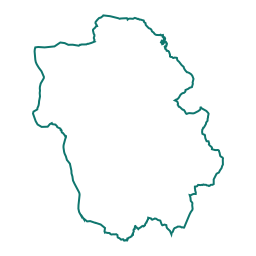 outline of Agona East, Central, Ghana
{"feature_id": "2480657B54607197552612", "entity_name": "Agona East", "entity_type": "district", "adm_level": 2, "iso_a3": "GHA", "parent_name": "Ghana", "parent_adm1": "Central", "projection": "natural_earth1", "projection_center": [-0.645, 5.635], "detail": "fine", "context": "isolated", "style": "outline", "palette": "teal", "viewbox_px": 256, "rotation_deg": 0, "n_neighbors": 0, "source": "geoboundaries", "source_scale": "gbopen_adm2", "svg_char_len": 5787}
<svg xmlns="http://www.w3.org/2000/svg" viewBox="0 0 256 256"><path d="M162.9,35.0L161.2,35.4L160.6,34.7L159.3,35.1L156.2,34.9L155.2,34.4L154.4,33.7L153.6,32.5L152.5,31.8L151.9,31.2L151.5,30.0L150.8,29.1L150.0,28.6L148.8,28.2L146.4,25.7L145.7,24.8L145.5,23.1L144.2,22.2L143.7,20.5L143.2,20.3L142.8,20.3L140.7,19.6L139.5,19.6L139.3,19.3L138.8,19.2L138.1,18.8L137.4,19.0L136.7,18.5L134.8,17.9L133.0,18.8L130.1,18.6L129.0,18.7L128.1,19.2L127.6,19.6L127.2,18.4L126.5,18.2L120.7,18.5L119.8,18.8L118.2,18.2L110.1,16.2L103.3,15.4L102.5,16.4L101.6,16.9L100.7,17.7L99.3,17.9L98.8,18.3L97.1,20.1L95.6,22.0L95.5,22.7L95.5,23.2L96.8,25.3L97.1,26.1L96.0,26.3L95.2,27.6L93.4,29.2L93.0,29.8L93.0,30.6L93.7,33.7L94.4,34.8L94.4,36.2L93.9,37.3L93.8,38.1L94.5,40.0L94.1,41.2L94.6,41.6L91.4,42.9L88.1,43.9L87.5,43.8L86.4,44.4L81.5,44.5L80.6,44.9L80.1,44.7L78.8,45.7L72.6,44.7L68.3,44.8L64.7,43.1L60.3,42.5L54.5,46.4L44.7,47.4L38.1,47.0L35.3,47.4L34.8,49.3L34.6,51.4L35.3,59.6L35.8,62.1L36.7,64.2L37.7,65.9L38.8,67.7L41.5,71.3L43.9,76.9L43.8,78.1L43.4,78.9L40.7,83.5L39.9,86.8L39.8,88.5L40.0,90.7L39.7,93.0L40.0,96.5L39.1,101.0L38.9,103.6L38.5,105.6L37.4,108.2L37.3,109.4L33.5,111.6L33.0,113.6L35.7,121.2L37.6,124.5L41.6,126.9L47.7,126.7L49.9,124.1L51.8,123.1L52.2,124.1L52.5,124.2L55.5,124.6L55.9,125.2L56.7,125.8L57.2,127.0L57.8,127.4L60.4,128.6L60.6,129.8L61.0,129.7L61.2,129.8L61.6,130.7L61.4,130.9L61.8,132.3L62.2,132.7L62.8,132.9L64.4,134.8L64.9,135.7L65.7,135.9L65.5,136.6L66.0,136.8L66.0,137.0L65.2,139.1L63.7,144.7L63.5,146.0L63.5,147.6L64.1,151.8L64.6,153.6L65.9,156.4L66.9,159.9L69.9,163.7L71.4,170.7L71.5,173.4L72.4,176.4L73.0,180.5L74.5,183.7L78.8,191.8L79.4,193.2L79.6,194.8L78.5,205.2L78.4,208.7L79.1,211.8L79.4,212.6L81.7,216.7L81.9,216.2L84.0,219.4L84.0,218.8L87.1,221.4L90.2,221.1L95.4,222.9L95.5,222.8L100.7,224.5L105.0,228.0L104.5,231.4L104.9,232.4L105.0,232.3L107.4,232.9L109.3,233.0L110.0,233.4L110.3,234.0L111.3,234.5L113.2,234.3L115.1,234.4L116.1,234.2L117.4,235.0L117.7,237.3L118.3,237.8L119.3,238.1L120.3,238.9L120.7,239.4L121.0,239.6L121.7,239.6L122.2,239.3L123.3,239.3L123.9,240.5L124.3,240.6L124.6,240.6L125.2,240.2L125.6,240.4L126.3,240.0L127.0,240.5L127.5,239.8L127.4,239.4L127.2,239.5L127.0,239.4L127.3,238.7L127.7,239.0L128.2,238.2L129.2,237.5L130.5,237.1L131.1,236.4L131.6,236.3L132.1,235.2L132.3,235.4L133.0,234.9L133.0,234.4L132.7,234.6L132.6,234.8L132.4,234.7L132.4,234.3L132.9,233.4L133.8,231.3L133.8,231.0L133.5,230.4L133.6,229.7L133.9,229.2L134.7,229.0L134.8,227.2L135.1,226.1L135.4,226.0L135.7,226.4L135.9,227.1L136.9,227.6L137.2,228.2L137.9,228.5L138.3,229.1L139.1,228.2L140.5,227.5L141.9,226.3L142.6,226.2L143.0,225.9L143.6,226.4L143.8,226.3L144.7,225.5L144.8,225.3L145.0,225.2L145.2,224.1L145.9,223.0L146.4,222.7L146.5,221.9L147.0,221.5L147.2,220.4L148.0,219.5L148.2,217.7L151.1,218.5L151.6,219.4L152.1,219.7L152.5,219.7L152.8,219.4L154.7,218.7L154.9,218.5L155.4,218.7L156.0,218.7L158.1,220.1L159.8,220.4L160.3,220.6L161.5,224.0L162.2,225.2L162.4,225.3L164.5,224.6L166.3,225.1L166.6,227.1L166.9,227.7L167.2,228.3L170.0,230.9L171.4,234.3L171.7,232.7L172.7,231.9L173.8,229.1L174.6,228.1L176.6,227.3L177.7,226.6L180.0,226.6L180.7,226.8L181.5,227.4L182.7,227.3L183.4,227.6L184.1,227.6L189.6,214.4L190.7,212.2L192.4,209.8L192.6,208.7L192.2,205.2L192.4,203.5L192.3,203.0L192.2,202.6L190.9,201.1L190.7,200.4L190.5,198.1L190.3,196.9L189.9,195.9L189.7,195.1L190.4,195.3L190.8,195.2L192.6,194.3L193.9,193.9L195.7,194.0L195.8,192.5L195.2,190.5L195.1,189.2L194.9,188.5L194.9,186.6L196.7,186.4L197.2,186.1L198.1,184.9L200.8,185.1L202.0,184.8L202.7,185.0L203.3,184.5L204.5,184.8L206.0,184.8L206.9,185.4L208.2,185.5L208.9,186.0L209.7,185.8L210.3,185.1L210.9,184.8L212.5,184.8L213.7,184.1L213.7,179.4L216.6,173.7L218.9,172.5L220.0,170.3L221.5,168.2L222.2,165.9L222.9,164.6L222.8,159.5L223.0,158.4L222.6,157.6L221.2,156.8L220.2,155.9L219.5,152.5L219.1,151.6L218.9,150.6L218.0,150.0L215.2,150.1L211.9,149.2L212.0,147.9L211.8,147.3L210.5,146.1L209.8,145.6L208.9,144.5L209.2,143.7L208.5,141.3L206.6,141.2L205.4,138.4L205.1,136.8L205.0,135.3L204.6,134.7L203.9,134.6L202.4,133.8L202.1,132.0L202.3,129.6L203.0,128.6L203.2,127.8L203.6,127.8L204.4,126.7L205.9,124.0L206.2,122.4L207.4,121.0L207.4,120.7L207.6,120.3L207.6,118.9L208.0,117.4L208.0,116.6L208.6,113.8L208.2,113.0L206.4,111.0L205.2,110.3L202.5,108.8L201.3,108.0L200.9,107.4L200.5,107.5L200.4,108.9L200.1,109.7L199.7,110.0L198.3,111.1L194.4,113.1L193.1,113.4L189.4,113.1L188.1,113.3L186.7,113.9L186.0,113.5L184.7,111.1L183.9,110.0L183.2,109.7L182.6,109.7L179.9,107.1L179.5,106.9L178.9,106.8L178.6,106.5L178.3,105.4L177.7,104.8L178.0,103.5L177.4,101.8L176.5,101.1L174.9,100.4L176.1,99.6L177.5,99.1L178.2,98.4L178.9,97.6L180.5,94.8L181.6,93.8L182.5,93.2L183.9,92.9L185.1,91.9L185.4,91.3L185.5,90.0L188.3,88.8L189.5,87.8L191.9,87.1L192.8,84.0L192.8,83.4L192.6,82.5L193.5,78.9L192.4,76.0L191.3,74.4L189.3,73.0L187.4,72.2L186.9,72.2L185.3,70.4L184.4,69.0L183.9,67.9L183.6,66.8L181.7,65.2L179.0,61.7L177.5,60.4L177.1,59.2L176.9,57.9L176.1,57.7L174.4,57.6L173.5,58.0L173.0,57.9L171.9,57.0L170.7,56.9L170.0,56.5L170.0,54.8L169.0,51.8L168.3,51.0L166.7,50.8L166.4,49.6L165.5,49.2L165.1,48.2L165.5,47.8L165.6,47.6L165.5,47.3L164.8,47.0L164.7,46.7L164.8,46.5L165.4,46.6L165.7,46.2L166.3,46.1L166.4,45.8L166.2,45.2L166.8,44.7L166.9,43.4L166.4,42.9L166.0,42.0L165.8,41.8L165.5,41.9L164.9,42.5L164.7,42.4L164.6,41.7L164.2,41.5L163.7,42.1L163.7,42.8L163.2,43.9L162.6,44.0L162.2,44.2L161.7,42.8L161.0,42.4L161.5,41.3L161.9,42.0L162.1,41.9L162.2,41.2L162.5,41.0L163.2,41.6L163.3,40.6L163.8,40.7L164.0,40.5L164.0,39.5L164.2,39.4L164.8,39.9L165.1,38.9L165.1,38.4L164.5,37.3L164.1,37.2L164.3,38.2L164.1,38.6L163.9,38.5L163.8,37.7L163.2,37.4L163.1,36.5L162.7,36.5L162.7,36.3L163.0,36.0L162.9,35.0Z" fill="none" stroke="#0f766e" stroke-width="2"/></svg>